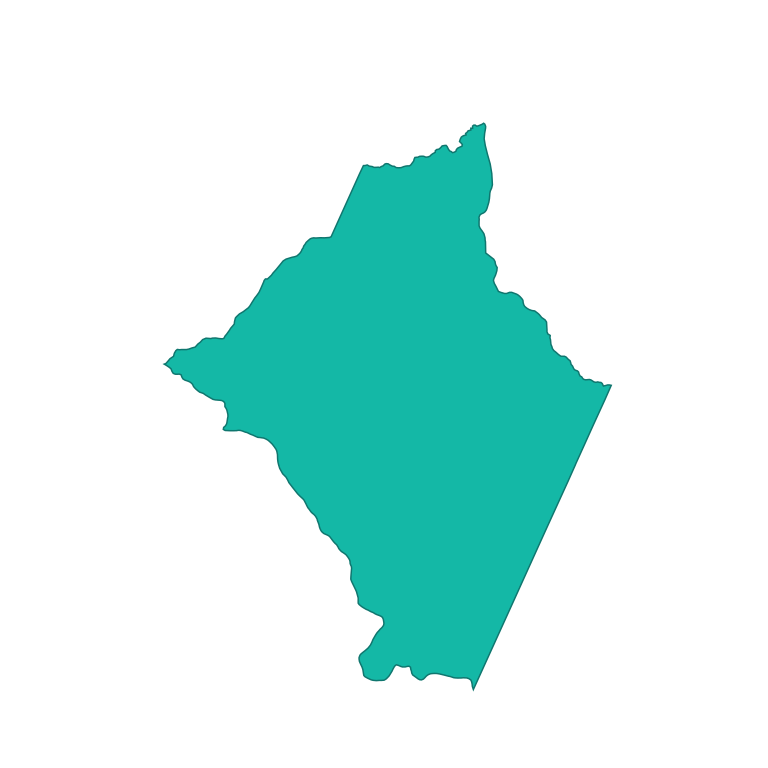 the district of Porto Esperidião, Mato Grosso, Brazil, rotated 292°
{"feature_id": "56859067B36825923624990", "entity_name": "Porto Esperidião", "entity_type": "district", "adm_level": 2, "iso_a3": "BRA", "parent_name": "Brazil", "parent_adm1": "Mato Grosso", "projection": "orthographic", "projection_center": [-58.974, -15.892], "detail": "fine", "context": "isolated", "style": "filled", "palette": "teal", "viewbox_px": 768, "rotation_deg": 292, "n_neighbors": 0, "source": "geoboundaries", "source_scale": "gbopen_adm2", "svg_char_len": 6171}
<svg xmlns="http://www.w3.org/2000/svg" viewBox="0 0 768 768"><g transform="rotate(292 384 384)"><path d="M662.7,380.1L663.1,378.7L661.5,377.6L658.7,374.7L657.8,373.4L658.2,371.5L657.6,370.2L656.3,369.5L654.3,370.4L653.7,368.7L652.0,369.4L650.2,367.1L648.3,366.7L646.9,365.8L645.7,366.8L644.3,365.0L643.2,364.0L641.9,363.2L639.8,363.0L637.1,363.2L636.4,365.0L635.4,366.9L633.6,367.2L631.9,365.4L630.2,363.9L628.5,363.3L626.8,363.5L625.3,362.4L624.2,360.9L624.7,359.1L624.7,357.6L625.9,355.7L627.8,353.6L628.5,352.2L627.8,350.7L626.5,348.7L624.3,348.0L622.3,346.9L621.1,345.0L619.5,344.2L617.9,344.7L615.9,343.0L614.2,341.9L612.7,341.4L611.2,340.0L610.0,337.9L610.0,335.5L609.4,333.8L608.4,331.7L607.0,330.5L606.4,329.2L605.6,327.8L603.8,327.7L601.9,328.0L597.2,326.8L595.8,325.9L595.1,324.2L594.3,322.7L592.9,320.8L591.0,318.8L589.9,316.5L589.2,314.1L589.7,311.9L589.1,310.3L589.3,307.6L589.7,305.3L589.1,303.4L588.1,302.3L586.0,301.5L584.5,299.9L583.1,299.0L582.9,297.5L581.9,295.5L581.1,293.5L581.2,291.6L580.5,288.8L580.8,286.4L579.5,284.7L578.8,283.1L570.3,282.6L500.7,279.8L499.4,278.5L497.1,273.8L495.9,270.5L493.8,266.1L493.1,263.9L492.1,262.4L491.1,261.3L488.9,260.1L486.1,258.8L484.1,258.5L481.9,257.9L479.6,258.0L478.2,257.6L476.5,257.6L474.6,257.3L472.5,256.5L470.0,255.2L468.4,253.3L467.1,251.3L463.1,246.4L460.3,244.4L449.9,241.2L445.3,239.5L442.7,238.9L437.7,236.6L437.0,234.7L435.0,234.1L433.5,234.2L425.7,234.0L422.1,233.8L418.0,232.8L415.4,232.0L409.8,231.0L406.2,230.4L403.9,229.7L398.3,226.4L394.8,223.7L391.1,222.0L389.5,221.5L386.0,222.0L383.4,222.7L378.1,220.9L376.5,220.7L371.1,219.4L369.1,218.7L366.3,218.4L365.3,217.1L364.3,213.8L363.6,210.7L362.2,207.6L361.3,206.5L359.8,201.8L357.2,199.2L353.9,198.0L351.4,196.5L347.5,195.1L345.3,192.2L343.3,190.0L341.9,187.9L340.1,183.4L339.2,181.7L338.6,179.4L336.9,178.5L334.0,178.1L330.8,178.5L327.3,176.1L324.1,175.1L321.3,174.1L320.1,172.8L319.7,175.5L319.1,178.3L318.4,180.7L316.3,182.7L314.9,184.6L314.9,186.7L315.5,188.4L316.5,190.5L316.5,192.5L314.9,193.8L313.4,195.7L313.0,198.1L313.2,200.5L313.2,202.0L313.1,203.6L312.6,205.3L311.9,206.7L310.3,208.4L309.6,209.7L308.8,211.5L308.0,213.9L307.4,216.1L307.6,219.9L306.9,222.9L306.3,226.7L305.7,231.2L306.1,233.6L307.5,238.1L307.9,239.9L307.7,241.9L306.5,243.7L305.1,244.3L303.4,245.0L302.1,246.9L300.8,248.2L297.2,250.7L295.4,251.5L293.6,251.8L289.5,252.8L287.8,253.0L285.6,252.6L283.7,251.6L281.7,252.0L281.4,254.1L283.0,258.7L284.2,261.7L285.5,264.7L286.5,266.3L287.1,268.0L287.4,270.2L287.4,273.3L287.7,275.2L287.4,279.1L287.5,281.5L287.3,284.9L287.3,287.1L287.9,289.0L288.4,291.1L288.8,292.6L288.8,294.0L288.7,295.9L288.4,297.7L287.5,300.2L286.4,302.9L284.7,305.8L282.9,308.5L281.4,309.9L278.6,311.7L274.5,313.5L271.8,315.0L269.8,316.4L266.7,318.9L262.8,323.7L260.9,328.1L258.7,330.9L256.9,332.8L253.5,338.6L249.8,345.1L248.6,347.9L247.1,351.9L246.4,353.3L245.3,354.6L243.6,356.6L242.2,358.1L240.7,359.9L239.7,361.7L238.1,364.2L237.3,366.1L236.8,367.9L235.7,370.1L233.8,372.5L232.5,373.4L229.5,376.2L227.0,377.9L225.2,379.6L223.9,381.3L223.3,382.7L222.8,384.4L222.7,388.5L222.3,390.6L218.9,396.3L217.8,398.6L217.3,400.2L215.7,402.4L214.4,403.8L213.6,405.3L212.7,407.3L212.4,409.0L212.0,410.8L211.5,412.7L210.2,415.0L209.1,416.6L207.9,418.1L206.5,419.1L204.8,419.9L203.7,420.9L202.6,422.1L201.0,423.0L193.6,425.3L190.7,426.3L189.5,427.3L188.1,428.7L182.5,434.9L181.1,436.3L176.0,440.2L173.8,441.1L172.5,441.6L171.1,442.2L170.2,443.6L169.3,446.5L168.8,449.0L168.4,451.8L168.4,453.9L168.0,457.1L168.0,459.6L167.6,461.9L167.5,463.7L167.6,466.5L167.5,468.4L167.0,470.0L165.7,471.4L163.8,472.6L162.1,473.6L160.1,474.0L157.5,473.4L155.2,472.3L153.1,471.6L151.0,470.8L148.6,470.3L145.9,469.9L142.9,469.5L140.0,469.5L136.7,469.2L133.1,468.1L129.6,466.3L125.6,464.0L124.1,463.4L122.7,463.3L120.9,463.4L119.5,464.0L117.5,465.2L115.2,467.6L113.3,469.7L111.3,471.4L107.4,473.7L106.2,474.5L105.5,475.9L105.1,479.0L104.9,482.9L105.2,484.9L106.1,488.0L107.3,490.4L108.1,492.4L109.4,495.0L111.0,496.3L112.7,497.1L115.3,498.1L120.7,499.0L122.8,499.1L125.3,499.4L126.9,499.8L128.3,500.7L128.5,503.0L128.4,505.4L128.6,507.2L129.6,509.6L130.9,511.4L131.7,512.9L131.4,514.6L129.4,515.8L127.9,517.1L126.4,518.0L125.0,519.6L123.9,524.1L123.4,525.8L123.2,527.9L123.7,529.6L125.2,531.1L127.0,531.9L128.7,532.5L130.2,533.3L131.4,534.2L132.8,535.7L133.8,537.6L134.6,539.3L135.4,541.5L136.0,544.2L136.7,548.9L137.2,552.9L137.6,555.0L137.7,556.6L137.8,558.6L138.2,560.1L139.0,562.5L140.3,565.6L141.3,567.5L142.0,569.5L142.5,570.9L142.6,573.2L142.1,575.4L140.7,576.8L138.8,578.1L136.7,579.2L134.2,581.3L232.4,585.5L307.4,588.6L363.2,591.1L380.2,591.7L382.1,591.7L401.3,592.5L423.9,593.4L452.0,594.7L467.9,595.2L467.6,593.5L466.9,591.7L465.7,590.2L464.3,588.2L466.2,586.2L466.7,584.5L466.2,583.1L466.0,581.4L464.9,579.8L464.6,577.9L465.3,574.3L465.1,572.7L463.4,569.4L463.1,567.3L463.7,566.0L464.7,564.6L464.9,562.8L466.4,561.1L468.0,559.9L468.6,558.4L468.5,556.5L468.7,555.1L469.6,553.8L471.2,552.2L472.3,550.1L473.6,549.2L475.2,547.9L475.9,545.6L477.2,542.8L477.3,540.9L476.7,539.4L476.0,537.6L476.7,534.7L477.9,531.4L478.6,529.0L479.9,526.9L481.5,525.7L483.3,523.9L487.4,521.8L488.9,520.6L491.3,519.9L491.8,517.2L493.5,515.5L495.1,514.9L502.3,511.5L503.8,509.3L504.7,505.3L506.6,501.8L507.2,500.1L508.2,496.4L507.5,493.5L507.4,490.6L507.8,488.0L508.6,485.5L509.7,484.0L511.5,482.6L513.7,481.4L514.8,479.8L516.0,477.3L516.7,475.2L517.0,473.3L516.8,468.0L516.0,466.1L513.9,463.8L513.1,461.9L512.7,458.0L512.7,455.4L516.4,451.3L518.5,448.7L519.8,447.6L521.0,446.7L522.9,446.4L526.5,446.6L528.3,446.5L531.3,446.2L534.4,445.3L535.9,443.3L537.4,442.1L539.1,441.1L540.8,439.0L543.6,429.2L549.0,426.9L553.9,424.8L555.2,423.9L557.4,422.9L560.7,420.4L562.6,417.7L563.6,416.0L564.8,414.3L566.3,412.9L570.2,411.3L572.3,410.6L574.2,409.6L576.6,409.6L578.3,410.6L579.9,412.2L581.6,413.2L583.6,413.7L585.5,413.7L588.7,413.4L591.8,413.1L595.4,412.3L598.0,411.5L600.4,410.7L602.5,410.3L603.9,410.3L605.8,410.4L609.3,409.9L619.5,405.1L627.7,400.1L635.7,393.9L643.0,388.6L648.9,385.0L654.2,383.4L659.4,382.3L661.0,381.7L662.7,380.1Z" fill="#14b8a6" stroke="#0f766e" stroke-width="1.5"/></g></svg>